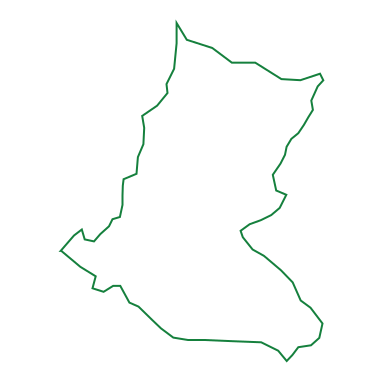 Potamiou, Limassol, Cyprus
{"feature_id": "46923920B54704702954379", "entity_name": "Potamiou", "entity_type": "district", "adm_level": 2, "iso_a3": "CYP", "parent_name": "Cyprus", "parent_adm1": "Limassol", "projection": "mercator", "projection_center": [32.807, 34.822], "detail": "fine", "context": "isolated", "style": "outline", "palette": "green", "viewbox_px": 384, "rotation_deg": 0, "n_neighbors": 0, "source": "geoboundaries", "source_scale": "gbopen_adm2", "svg_char_len": 1086}
<svg xmlns="http://www.w3.org/2000/svg" viewBox="0 0 384 384"><path d="M176.6,23.0L176.6,43.3L174.1,68.8L166.5,84.1L167.5,93.0L157.1,105.7L142.2,115.9L144.2,127.9L143.4,144.2L137.9,157.1L136.5,173.8L123.6,179.2L122.8,185.7L122.5,195.5L122.5,204.9L119.9,217.0L112.5,219.2L109.0,226.3L100.3,234.1L94.0,241.4L84.7,239.4L81.8,229.5L74.0,235.5L64.9,246.0L60.7,250.9L61.3,250.9L80.3,266.8L95.7,276.3L92.5,288.3L103.6,291.8L113.1,285.9L120.3,285.9L129.4,302.6L138.5,306.6L151.9,319.7L161.0,328.4L173.3,337.6L188.0,340.0L205.0,340.0L232.7,341.2L261.2,342.3L278.2,350.7L286.7,361.0L292.4,355.0L298.3,347.2L311.0,345.3L319.3,337.9L322.5,323.5L310.5,307.7L300.7,300.5L292.7,282.4L281.0,270.3L264.0,255.9L252.6,249.5L242.8,237.2L240.6,230.8L249.7,224.2L260.8,220.2L271.2,215.1L279.7,207.9L286.3,194.8L276.2,190.5L272.8,174.8L280.5,163.6L285.0,154.8L286.6,146.8L291.4,138.8L298.3,133.2L303.9,124.9L308.4,117.1L312.9,109.9L311.3,100.6L317.7,86.4L323.3,80.3L320.0,73.7L300.4,80.2L281.4,79.1L255.3,62.7L231.9,62.7L212.3,48.0L186.8,39.8L176.6,23.0Z" fill="none" stroke="#15803d" stroke-width="2"/></svg>